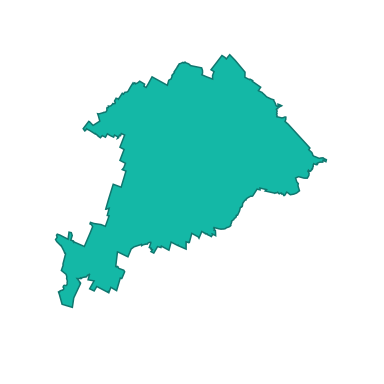 Aguascalientes, Aguascalientes, Mexico (Equal Earth projection), rotated 195°
{"feature_id": "50627088B6632860871958", "entity_name": "Aguascalientes", "entity_type": "district", "adm_level": 2, "iso_a3": "MEX", "parent_name": "Mexico", "parent_adm1": "Aguascalientes", "projection": "equal_earth", "projection_center": [-102.284, 21.849], "detail": "fine", "context": "isolated", "style": "filled", "palette": "teal", "viewbox_px": 384, "rotation_deg": 195, "n_neighbors": 0, "source": "geoboundaries", "source_scale": "gbopen_adm2", "svg_char_len": 5999}
<svg xmlns="http://www.w3.org/2000/svg" viewBox="0 0 384 384"><g transform="rotate(195 192 192)"><path d="M90.7,218.1L88.5,221.0L90.7,224.5L91.4,225.9L91.5,227.6L93.4,228.9L95.6,232.3L93.1,234.4L87.3,234.4L84.2,235.2L83.4,238.2L83.7,240.3L85.0,241.8L85.4,242.0L85.2,243.2L84.3,242.6L84.2,242.6L84.2,242.8L83.8,242.8L83.7,242.5L83.2,243.0L82.9,242.8L82.6,243.2L82.5,243.8L82.0,244.5L82.1,244.9L81.8,244.9L81.7,245.2L81.9,245.6L81.6,245.8L81.6,246.1L81.6,246.7L81.8,246.8L81.7,247.3L81.8,247.7L81.5,248.2L81.9,249.1L81.9,249.9L81.5,250.5L81.6,250.8L79.1,250.5L78.8,251.4L78.2,251.0L77.9,251.7L78.2,252.4L76.3,253.9L73.4,254.7L73.6,256.7L72.9,256.7L72.9,256.4L70.5,255.9L70.5,257.9L71.0,258.1L72.7,258.3L74.1,258.9L74.4,258.9L76.4,258.2L77.9,257.4L82.0,258.0L83.6,258.1L84.8,258.7L85.1,259.4L86.5,261.2L90.2,263.1L89.5,264.9L89.5,265.0L116.9,282.5L118.8,283.3L118.8,283.5L120.4,284.2L120.2,286.4L120.5,287.6L120.6,288.3L120.8,288.7L122.1,288.3L122.8,287.6L124.3,286.8L129.6,286.7L129.7,288.0L130.4,288.8L130.1,289.7L130.8,290.4L130.7,292.1L131.3,293.0L131.8,293.4L131.9,293.7L131.8,294.2L130.7,294.8L130.8,296.5L129.7,296.6L129.6,297.4L128.7,297.5L127.7,298.5L130.0,299.0L131.7,299.1L131.4,298.2L131.0,297.4L131.7,297.0L132.3,296.8L133.2,297.3L134.5,299.2L136.5,301.3L136.9,302.2L139.6,302.3L144.6,303.2L146.9,304.6L149.5,305.9L150.0,306.3L151.4,306.5L154.1,307.1L152.8,311.0L162.4,314.5L162.2,315.3L163.3,315.6L165.2,316.0L165.5,315.4L170.6,316.5L171.8,321.5L184.3,330.3L191.1,334.4L193.3,329.4L195.0,330.5L198.4,331.6L202.6,321.4L205.3,315.0L201.9,314.0L202.3,309.8L201.3,306.4L208.2,307.1L212.8,307.8L212.6,308.9L212.7,310.2L213.4,312.3L214.8,314.4L226.2,313.7L227.3,314.5L229.1,315.0L231.1,315.1L232.4,315.7L233.2,314.5L234.3,314.9L236.1,313.3L237.0,312.7L237.4,312.6L237.7,312.0L237.7,311.7L238.4,309.8L238.2,309.8L240.4,303.3L239.9,302.8L241.6,299.5L241.2,299.0L241.4,295.9L243.4,293.9L243.4,288.7L260.4,292.9L262.3,284.9L263.4,281.1L265.8,281.7L265.7,283.9L271.2,285.5L272.7,283.3L274.7,281.8L275.5,282.7L276.3,282.0L276.5,281.5L277.2,282.1L278.7,277.3L279.9,272.6L280.8,271.6L282.7,270.9L283.6,268.7L284.9,269.3L287.1,262.6L287.7,263.1L289.3,262.5L289.6,262.8L290.4,259.8L289.4,258.9L289.2,258.4L289.4,257.4L290.0,257.5L290.6,257.0L290.8,256.7L291.4,256.9L291.7,255.9L292.5,254.4L293.8,253.5L294.9,253.4L294.7,253.1L294.7,251.9L295.2,251.9L295.9,251.6L295.9,250.7L295.3,248.8L295.9,247.1L296.2,246.8L296.8,246.4L297.6,246.5L297.7,246.8L297.7,246.0L302.2,243.3L303.4,243.2L302.0,241.1L299.4,236.6L304.8,230.7L309.1,233.3L309.2,233.2L310.0,233.5L313.5,225.0L311.5,223.3L311.1,224.0L310.7,223.9L310.2,225.9L309.0,225.4L306.9,225.0L300.6,223.0L300.5,223.4L297.9,222.3L298.0,222.2L297.2,221.7L294.5,220.7L293.3,223.2L292.9,223.0L292.0,223.0L289.8,222.5L288.8,226.3L285.4,225.3L281.9,224.7L281.6,226.9L277.8,226.1L277.9,224.5L277.0,225.4L276.8,228.1L275.6,227.9L275.4,230.2L271.8,229.6L273.2,216.6L268.6,215.5L269.8,203.9L263.7,202.5L264.2,197.8L265.2,195.6L261.2,195.1L261.7,178.3L270.1,179.1L270.7,163.8L270.9,153.0L270.7,153.0L267.8,154.9L267.8,147.4L265.9,147.5L266.8,136.4L271.4,137.0L278.6,136.2L282.2,136.4L282.3,134.8L280.5,134.4L279.0,132.7L279.8,126.0L281.9,111.5L292.9,113.2L293.0,113.0L293.3,113.6L293.5,113.7L293.8,113.3L294.1,113.4L294.2,114.1L296.6,114.1L296.4,119.0L298.1,121.5L300.4,121.4L299.5,114.3L308.4,116.2L311.2,116.4L311.7,115.2L310.5,113.3L311.5,110.8L309.8,109.1L304.0,105.7L304.0,105.8L300.3,101.7L299.2,100.1L298.9,100.3L298.6,100.2L298.1,99.4L298.0,88.9L297.5,88.2L297.9,82.4L292.3,79.9L290.9,77.6L290.8,76.1L289.7,74.4L289.3,73.5L289.2,72.2L288.8,71.1L288.8,70.1L289.5,69.0L291.3,68.8L291.7,68.2L291.9,67.3L291.9,66.8L291.7,66.5L291.4,66.5L291.0,66.0L290.8,65.0L291.0,64.6L291.4,64.2L291.6,63.6L292.6,63.3L293.2,62.8L293.8,62.4L293.8,62.0L294.1,61.8L294.0,61.1L294.1,60.9L294.5,60.7L294.9,61.1L295.1,60.9L293.7,58.9L288.4,49.9L277.7,49.6L278.8,59.1L276.0,74.7L276.9,75.2L276.5,75.6L280.6,78.7L278.6,79.1L277.5,80.1L277.3,79.5L276.6,79.7L276.3,80.0L276.1,80.7L274.9,81.5L274.3,81.6L273.3,82.4L272.7,82.3L272.4,82.6L271.9,82.8L271.4,84.5L270.1,85.5L269.5,86.6L269.7,85.8L269.7,80.3L263.6,80.8L265.8,72.0L260.9,71.1L259.5,76.1L247.6,73.4L247.6,73.7L247.1,73.7L247.0,74.3L246.8,74.2L246.9,73.3L246.3,73.1L245.7,78.9L239.3,77.2L239.0,90.3L237.5,90.2L237.3,90.7L236.4,97.5L237.7,98.8L243.1,99.3L244.2,100.6L245.1,100.2L245.2,100.7L246.4,100.3L248.5,114.8L247.5,114.8L237.1,112.8L236.0,121.2L233.8,124.0L227.3,128.3L226.8,127.1L225.5,128.4L224.0,129.2L223.7,129.6L223.3,129.5L222.4,130.0L221.8,130.0L221.6,130.2L221.5,131.0L220.4,132.1L219.8,132.5L218.8,132.7L218.6,132.1L218.9,127.3L216.9,127.1L217.0,126.3L215.3,126.0L216.2,123.8L213.1,123.1L211.1,130.4L207.6,130.3L207.6,131.8L199.2,129.8L199.2,138.2L192.2,136.7L191.7,137.0L191.6,136.6L190.2,136.4L182.9,135.3L184.8,142.4L182.4,142.2L182.4,142.6L181.5,142.6L181.5,152.0L174.4,150.3L173.3,149.2L172.3,156.4L169.9,155.8L169.8,155.6L168.7,155.6L168.2,155.0L167.4,155.4L166.6,155.5L166.4,154.9L163.0,154.3L161.8,153.9L161.0,156.4L161.3,156.7L161.0,156.7L160.7,156.4L158.5,156.2L157.9,156.0L158.7,158.7L159.5,161.0L160.3,161.0L160.7,160.8L160.9,162.6L161.7,162.8L161.6,163.4L156.6,163.4L154.5,163.6L151.7,164.5L150.5,165.1L149.7,166.0L149.4,166.6L148.6,166.9L146.7,168.3L146.1,169.2L146.3,169.2L146.0,171.5L145.9,173.4L146.3,173.9L145.9,174.6L145.7,174.7L145.0,175.7L144.5,176.1L144.3,177.6L143.4,178.3L143.1,178.7L142.9,179.7L143.2,180.4L143.1,181.0L142.0,181.4L141.2,186.0L141.3,189.4L140.5,190.5L140.2,190.3L139.8,191.0L139.7,191.5L140.1,194.1L139.2,196.7L138.8,197.5L138.3,198.2L137.9,198.2L137.7,198.4L137.9,199.0L137.0,200.5L134.2,203.2L132.9,203.4L132.3,204.0L129.9,211.6L126.8,211.7L127.4,213.4L120.7,213.6L121.6,211.9L111.8,212.3L111.6,212.2L111.1,212.8L110.0,213.1L109.2,214.0L108.6,213.5L107.3,212.8L105.7,214.1L105.2,214.1L104.9,213.7L104.8,213.3L103.3,213.5L102.6,212.5L102.2,212.3L101.5,213.0L100.5,216.4L99.9,216.3L96.3,214.8L93.1,216.3L90.7,218.1Z" fill="#14b8a6" stroke="#0f766e" stroke-width="1.5"/></g></svg>